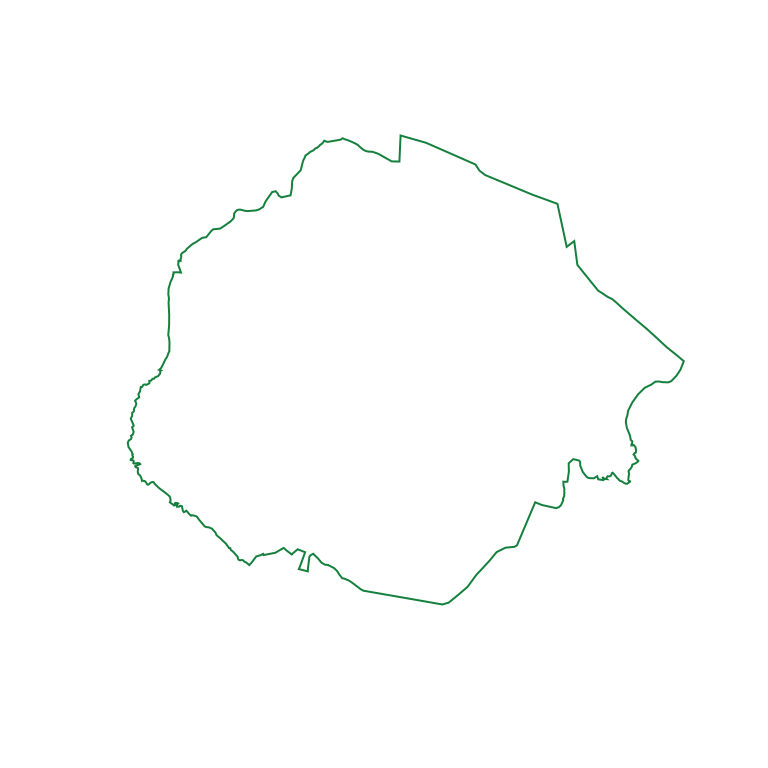 the district of Angangueo, Michoacán, Mexico, rotated 322°
{"feature_id": "50627088B88848492345112", "entity_name": "Angangueo", "entity_type": "district", "adm_level": 2, "iso_a3": "MEX", "parent_name": "Mexico", "parent_adm1": "Michoacán", "projection": "natural_earth1", "projection_center": [-100.311, 19.628], "detail": "fine", "context": "isolated", "style": "outline", "palette": "green", "viewbox_px": 768, "rotation_deg": 322, "n_neighbors": 0, "source": "geoboundaries", "source_scale": "gbopen_adm2", "svg_char_len": 6142}
<svg xmlns="http://www.w3.org/2000/svg" viewBox="0 0 768 768"><g transform="rotate(322 384 384)"><path d="M550.1,198.4L547.2,201.7L533.1,218.2L527.1,213.3L521.3,199.2L518.8,195.3L517.8,193.8L516.4,192.7L514.4,190.8L513.1,189.2L512.0,186.7L511.6,185.4L510.9,182.1L510.7,180.1L510.5,179.3L509.4,176.7L508.5,174.9L506.8,171.7L504.9,168.5L504.0,167.4L503.5,166.5L503.0,165.3L502.7,164.9L501.7,164.8L500.5,164.8L498.8,164.0L489.3,158.9L488.3,158.1L487.2,156.5L486.7,155.5L484.6,156.2L483.4,156.4L481.9,156.4L481.0,156.3L480.3,156.3L479.5,156.6L478.2,156.6L477.4,156.6L476.4,156.6L476.0,156.5L475.5,156.3L474.7,156.1L474.2,156.2L472.6,156.4L471.8,156.3L470.1,156.0L468.8,155.6L467.5,155.8L464.5,155.7L462.8,155.6L462.2,156.0L461.4,156.6L460.0,157.2L458.4,157.9L456.5,159.2L449.9,164.3L439.4,165.8L436.6,167.6L431.5,173.4L426.5,177.8L418.1,173.8L417.0,170.9L417.5,168.5L417.3,165.4L414.0,163.9L402.9,167.3L397.9,170.0L392.7,169.5L389.8,168.3L386.5,166.1L382.9,163.7L380.8,161.6L378.5,158.5L377.1,157.3L375.0,156.5L373.0,156.8L371.0,157.4L369.7,158.7L367.8,160.7L363.7,161.4L356.2,161.1L350.7,160.7L344.5,156.9L341.8,157.1L334.3,158.9L330.8,156.9L323.1,156.4L319.3,155.8L311.9,156.1L309.9,156.8L308.7,156.9L307.7,156.7L305.6,156.5L303.9,157.0L303.1,157.9L302.6,158.9L301.6,159.8L300.9,160.1L299.5,161.8L298.7,160.6L298.1,161.0L297.5,160.6L296.5,162.1L295.3,163.2L292.6,171.2L290.3,169.0L286.8,166.4L285.7,168.0L284.9,168.0L284.1,169.2L281.4,170.7L278.7,172.1L273.1,176.1L269.2,180.6L267.3,184.1L264.3,187.3L257.2,197.4L250.6,205.7L244.2,212.5L242.9,215.5L240.4,219.4L235.0,226.0L232.8,227.1L229.9,229.0L227.0,230.0L218.6,234.1L216.2,234.4L216.1,234.8L215.7,234.7L216.5,236.0L215.6,235.8L215.3,236.6L214.1,237.9L210.9,238.7L207.6,237.8L206.1,238.3L204.8,237.4L202.3,237.9L201.0,237.0L199.6,239.0L196.2,238.4L196.0,237.9L194.9,236.9L194.2,236.6L193.4,236.6L192.4,237.1L191.5,237.3L190.5,236.6L187.2,239.6L185.6,240.2L184.2,240.9L182.8,243.8L180.2,243.7L177.8,243.8L177.4,244.1L177.3,244.8L177.2,245.7L176.8,246.7L176.2,247.5L175.3,248.1L173.9,248.8L172.2,249.3L171.4,250.0L170.7,250.9L169.8,251.6L168.5,251.7L167.9,251.6L167.3,252.3L165.8,254.2L164.3,254.8L163.1,255.4L161.3,262.4L160.8,262.9L158.8,263.0L157.3,267.5L156.2,268.4L154.9,269.2L152.8,269.0L152.2,270.7L150.7,271.6L148.0,271.4L145.8,272.7L143.9,276.3L143.5,281.9L142.9,283.8L142.9,284.6L142.4,285.0L141.9,285.0L141.5,286.2L141.4,286.9L140.8,287.5L139.9,287.6L138.9,287.3L137.9,287.5L137.6,288.0L137.9,288.5L138.8,289.1L139.3,289.7L139.4,290.4L139.0,291.0L138.7,291.3L138.0,291.7L137.7,292.1L138.0,292.8L138.9,293.3L140.4,294.2L140.9,294.4L142.2,295.5L142.6,296.4L142.6,297.1L141.9,297.0L140.4,296.3L138.9,295.9L137.7,295.4L137.2,295.8L137.2,296.7L137.8,297.7L138.3,298.8L137.7,299.8L136.4,301.0L135.5,302.2L134.9,303.8L135.4,305.3L135.3,307.1L134.6,309.5L133.7,311.3L134.1,311.3L135.1,312.5L135.7,313.2L135.9,314.5L135.8,316.0L135.6,316.8L135.6,317.3L136.2,318.2L136.8,318.3L137.9,318.2L139.1,318.0L140.6,318.4L141.6,319.0L142.1,319.9L141.8,321.2L142.5,326.6L143.2,329.6L144.6,334.6L145.5,338.3L145.8,340.1L145.7,341.6L144.0,344.6L143.1,345.0L142.4,345.4L143.0,347.4L143.4,348.8L143.7,350.3L145.1,351.2L145.5,349.5L146.3,349.2L148.1,350.9L148.2,351.4L147.2,351.3L145.4,353.3L147.0,354.5L148.4,354.4L148.5,354.5L149.2,355.7L149.5,356.0L147.4,360.1L147.4,361.8L148.8,362.1L150.2,362.1L150.4,363.5L150.4,365.4L150.5,367.1L151.0,369.1L151.9,369.2L152.5,369.8L154.5,372.4L154.9,373.5L154.7,376.4L155.0,385.7L155.9,387.4L157.6,388.9L159.0,391.5L159.4,392.2L159.5,394.6L159.7,397.5L159.4,398.4L159.0,399.8L159.1,400.6L159.7,403.3L161.2,413.0L161.0,414.2L161.0,417.2L160.8,417.8L161.8,418.7L161.1,420.5L161.6,422.1L161.9,424.0L162.3,429.9L161.5,431.6L161.2,432.6L161.4,433.4L162.0,434.3L163.8,435.3L164.4,436.1L164.5,437.8L165.5,439.8L166.4,443.8L169.8,443.2L173.0,442.3L176.0,441.6L177.1,441.2L181.6,443.0L184.2,443.5L183.8,444.7L194.5,450.1L200.7,450.9L204.0,451.4L204.7,455.2L205.6,458.5L206.2,461.2L206.4,461.6L207.2,461.5L208.2,461.3L214.2,461.1L218.3,468.0L206.2,475.6L202.9,477.4L208.6,484.7L210.8,482.2L218.9,474.2L220.4,473.7L223.7,474.2L223.8,475.2L224.6,480.9L224.7,486.2L226.3,490.1L228.5,492.2L230.2,495.9L231.4,498.6L231.9,502.5L231.5,506.2L231.5,511.3L232.8,512.8L235.1,516.8L236.2,519.7L239.3,531.4L240.5,534.2L294.2,593.6L300.3,596.1L313.8,595.8L324.9,595.3L339.1,591.3L357.5,588.4L369.3,585.8L379.0,587.8L386.5,592.6L389.5,593.0L430.3,570.3L434.1,576.8L443.4,588.0L444.6,588.2L446.2,588.8L448.6,588.5L450.6,587.6L452.5,586.6L453.8,585.9L454.0,584.9L455.2,584.2L457.3,583.1L457.9,581.9L459.2,580.9L459.7,579.9L461.0,578.3L461.7,577.6L462.8,574.7L465.2,571.4L465.6,571.8L466.4,572.5L467.0,573.0L468.4,573.9L475.8,566.8L480.7,560.2L486.8,559.7L488.6,561.8L490.6,564.5L490.6,566.2L488.4,569.1L486.5,575.6L486.5,581.7L487.3,584.1L491.3,587.5L495.2,587.9L494.1,591.0L497.7,594.8L497.9,594.8L499.0,591.7L499.0,593.3L499.6,594.8L501.0,596.1L500.8,595.1L501.7,595.1L502.0,594.8L502.6,594.5L503.5,594.4L503.9,594.9L504.4,595.3L505.8,596.0L507.2,595.6L508.6,594.6L509.6,594.7L509.8,596.9L509.8,599.7L509.8,601.7L510.2,603.2L510.1,604.3L510.4,605.6L511.5,607.3L512.3,609.9L513.1,611.3L514.2,612.3L516.5,612.4L517.6,612.5L518.0,612.2L517.3,610.8L517.4,610.0L520.6,606.7L521.3,606.3L521.9,605.5L522.7,603.8L523.7,602.8L525.2,602.8L528.3,601.8L530.1,600.4L533.5,601.4L536.3,601.5L537.1,601.2L536.6,598.2L536.7,596.6L537.0,596.5L537.3,595.5L537.5,594.2L537.2,593.3L539.1,592.7L539.8,593.1L540.8,592.7L541.0,592.3L541.6,591.7L542.0,591.3L542.3,590.2L542.8,589.7L543.3,588.6L543.4,586.4L542.4,584.6L541.9,585.3L541.1,584.7L542.3,583.6L543.2,583.4L544.4,581.9L544.0,580.0L546.2,575.8L548.3,568.2L551.1,562.9L553.4,560.6L556.5,558.5L560.0,555.3L568.1,551.5L577.7,548.6L587.1,547.5L594.0,549.0L599.2,549.2L602.1,551.2L604.7,554.1L609.0,557.7L612.1,558.6L619.8,557.5L626.5,555.2L634.3,550.6L632.6,542.4L629.4,528.9L627.5,517.1L625.2,503.4L621.8,487.2L618.6,471.2L617.0,461.7L616.0,457.3L613.9,453.1L610.2,442.0L609.7,409.2L621.9,388.5L612.4,388.4L631.6,348.8L617.5,326.2L592.3,281.5L590.6,274.7L591.2,267.3L565.7,219.9L550.4,198.9L550.1,198.4Z" fill="none" stroke="#15803d" stroke-width="2"/></g></svg>